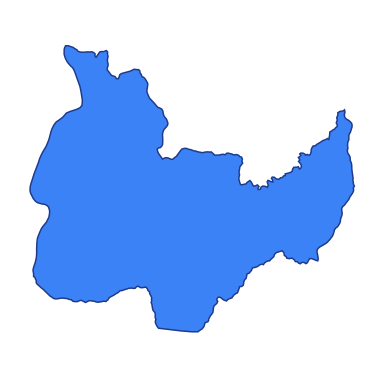 Palmas, Tocantins, Brazil, rotated 3°
{"feature_id": "56859067B14401929035087", "entity_name": "Palmas", "entity_type": "district", "adm_level": 2, "iso_a3": "BRA", "parent_name": "Brazil", "parent_adm1": "Tocantins", "projection": "mercator", "projection_center": [-48.104, -10.192], "detail": "fine", "context": "isolated", "style": "filled", "palette": "blue", "viewbox_px": 384, "rotation_deg": 3, "n_neighbors": 0, "source": "geoboundaries", "source_scale": "gbopen_adm2", "svg_char_len": 5992}
<svg xmlns="http://www.w3.org/2000/svg" viewBox="0 0 384 384"><g transform="rotate(3 192 192)"><path d="M132.3,72.6L130.1,72.7L127.9,72.4L124.1,74.5L115.4,77.4L113.8,78.6L113.2,80.9L112.3,82.8L110.5,82.7L109.2,80.8L105.7,79.8L104.4,78.6L102.3,75.9L100.9,74.6L100.9,72.3L101.5,70.6L101.5,68.4L100.7,66.0L100.6,63.7L101.1,61.0L100.4,58.8L100.4,56.5L99.0,55.2L96.6,56.4L94.3,56.5L92.6,56.9L89.1,62.5L87.9,61.0L88.0,59.1L86.6,57.9L84.7,57.2L82.4,57.6L80.6,57.5L76.4,58.1L74.6,58.2L72.9,58.0L70.8,57.5L69.5,55.9L67.7,55.1L65.7,53.8L60.6,52.4L58.1,52.6L57.1,55.0L56.9,56.9L57.1,61.0L57.8,63.2L58.7,65.4L60.9,69.0L64.1,72.4L65.8,73.7L67.4,75.7L68.9,78.8L74.3,91.8L74.9,93.6L76.0,98.0L77.7,106.0L77.7,109.5L77.5,111.3L75.9,113.6L72.5,115.5L65.7,118.1L62.2,119.9L61.0,121.7L58.8,124.3L55.1,127.4L53.9,128.2L52.3,129.7L50.4,132.7L48.9,136.2L48.0,139.1L46.6,146.1L45.5,149.8L43.9,154.1L40.7,160.2L39.0,164.2L37.9,167.3L37.2,170.2L33.5,181.7L30.6,192.7L30.2,195.0L30.1,197.9L30.3,199.7L30.9,201.7L33.8,206.8L35.8,209.1L38.1,210.7L42.8,211.8L45.7,212.0L48.1,213.2L49.5,214.5L50.7,217.8L50.9,220.1L50.5,224.2L49.9,225.8L48.2,229.7L44.8,234.3L43.5,236.5L42.2,239.8L40.6,244.4L40.0,246.8L39.8,250.1L39.8,256.5L40.1,261.6L40.0,265.5L39.2,270.4L37.7,275.7L37.3,278.5L38.1,282.0L38.2,284.6L39.8,285.8L40.3,287.3L41.1,288.6L41.1,290.3L41.7,291.7L44.0,293.5L45.8,295.1L48.6,297.1L55.4,303.1L59.4,305.5L60.9,305.9L62.5,305.8L67.7,304.7L73.0,305.0L74.8,305.7L77.0,305.9L78.7,307.3L80.9,307.6L83.6,307.4L85.5,306.3L87.3,306.0L91.5,307.9L94.7,306.0L96.4,305.9L100.5,306.3L102.0,306.8L104.0,307.0L107.7,306.2L109.7,305.6L111.7,305.9L113.6,304.2L114.7,302.2L115.8,301.2L119.5,299.0L121.4,297.5L123.1,296.6L125.3,294.4L127.2,294.1L134.1,291.4L137.1,291.1L138.9,291.4L140.4,291.0L141.5,289.5L143.0,288.9L145.7,290.2L147.2,290.2L150.8,289.4L152.4,290.8L153.2,292.7L154.8,294.0L155.0,295.6L156.2,297.5L157.2,299.5L157.2,301.2L157.4,303.0L157.0,304.5L157.8,306.2L158.6,310.0L159.4,312.4L160.8,313.8L161.7,315.3L161.8,319.4L162.7,321.4L162.1,322.9L162.3,324.5L163.9,327.6L165.7,329.8L188.8,331.3L198.2,331.6L205.2,331.3L207.1,329.7L209.3,328.1L210.9,325.9L211.4,324.1L211.7,322.2L213.1,321.3L214.6,320.8L215.3,319.5L215.3,317.8L216.1,316.5L216.7,314.8L217.9,313.3L219.1,311.3L219.4,308.8L219.5,306.1L220.2,304.3L221.7,302.9L223.0,301.3L223.4,299.7L222.3,298.3L222.7,296.8L224.0,295.6L225.6,295.7L227.1,296.5L228.2,297.5L229.9,298.4L232.2,299.0L233.2,297.6L235.2,296.5L237.3,295.7L239.3,292.6L240.9,291.3L242.7,290.3L244.1,285.8L244.4,284.0L246.4,283.8L248.1,282.5L248.5,278.9L249.2,276.9L250.6,275.4L251.3,270.8L253.2,270.2L255.5,267.2L256.2,264.9L257.5,264.3L259.3,263.9L261.5,262.9L263.6,261.1L265.5,260.4L267.1,260.8L268.2,259.0L269.8,257.7L271.3,256.9L273.1,256.7L274.2,255.2L275.8,253.6L277.1,252.2L277.6,250.1L279.2,248.2L283.6,246.5L285.4,246.1L287.1,248.2L287.5,250.5L289.2,251.4L290.1,253.1L292.8,253.5L294.8,252.8L296.2,253.3L297.6,254.3L298.9,256.1L301.1,256.2L302.2,257.5L304.0,258.0L305.4,256.5L307.7,256.5L309.4,257.6L310.9,256.6L312.0,254.0L313.3,252.3L315.4,252.3L319.1,253.7L321.2,254.2L321.5,252.3L321.2,250.1L320.1,245.9L319.9,244.3L320.2,242.8L321.2,241.4L322.5,240.2L328.8,236.0L330.0,234.8L332.3,232.0L334.6,228.6L335.3,226.7L336.3,222.3L337.4,220.5L339.1,219.2L340.1,217.5L341.3,215.2L341.7,213.4L341.8,211.4L342.2,209.6L342.9,207.6L343.1,205.5L342.6,202.9L342.3,200.7L343.3,198.7L345.1,196.9L346.5,194.7L349.1,191.0L349.8,188.9L352.2,185.0L353.1,183.0L353.3,181.2L352.9,179.3L353.9,177.6L352.8,175.8L352.6,174.0L352.0,171.7L352.2,170.2L350.5,161.5L350.0,156.2L349.2,153.8L348.3,152.0L348.2,150.0L347.8,148.2L345.4,144.7L344.9,142.4L345.4,140.5L344.9,137.3L344.9,135.3L345.1,133.7L345.9,131.7L345.7,127.5L346.0,125.9L347.0,124.2L348.4,118.7L348.4,117.0L347.9,115.2L346.4,113.6L344.8,112.3L342.8,111.4L341.3,110.3L340.4,108.7L340.1,106.6L340.6,104.2L340.0,102.0L338.7,103.1L335.2,103.9L333.4,105.3L333.7,106.9L333.2,108.8L332.6,110.3L333.4,112.7L332.7,114.1L332.5,115.7L333.5,117.2L333.5,119.1L332.2,120.2L331.1,121.7L329.4,122.7L328.1,123.9L326.6,124.7L326.4,128.5L325.8,132.3L324.4,131.5L323.1,132.5L319.8,133.9L317.9,135.4L314.0,138.0L312.4,139.6L310.7,139.6L309.6,141.3L308.8,143.5L308.9,145.0L308.6,146.7L308.1,148.3L306.8,149.3L305.1,148.4L303.5,149.3L302.5,148.1L300.8,147.4L298.7,147.4L297.6,148.3L298.8,149.9L297.6,151.1L296.4,151.9L298.0,154.3L296.8,155.9L299.1,158.4L300.0,160.5L299.5,162.4L298.1,163.4L296.9,161.2L295.5,161.8L294.0,161.8L292.4,162.0L291.3,163.8L290.9,166.2L289.4,167.2L287.5,168.0L284.1,169.0L284.3,170.7L282.7,171.1L281.5,172.8L279.9,173.1L277.9,174.8L275.4,174.5L273.5,173.0L271.3,172.9L270.6,174.3L271.8,175.6L272.2,177.7L270.3,177.5L268.7,176.8L267.3,176.4L266.5,177.9L267.8,181.2L267.0,183.4L265.3,182.6L263.7,182.4L262.2,182.4L260.7,183.6L260.0,185.7L258.0,186.1L257.6,184.6L258.6,183.0L256.9,181.5L254.9,182.6L253.1,182.9L251.8,181.0L250.8,179.1L249.2,177.5L246.4,179.7L245.6,181.0L241.7,182.1L240.1,182.0L239.3,180.4L238.8,178.7L238.1,176.8L238.2,174.3L238.6,172.1L237.9,170.3L238.5,164.3L241.1,160.4L240.2,158.8L240.6,156.6L239.7,154.6L238.0,154.2L236.6,152.9L234.8,152.3L231.6,152.8L230.3,152.1L226.2,151.3L224.6,151.5L223.3,153.0L220.8,152.7L218.3,153.3L216.6,153.8L214.9,153.8L212.9,154.1L209.2,151.0L207.6,151.2L205.4,151.1L202.8,151.5L200.4,152.2L195.2,151.5L193.7,150.9L192.1,150.9L188.3,149.7L186.5,149.6L184.9,148.9L183.2,148.7L181.0,149.1L179.5,149.8L178.1,151.7L174.5,157.3L172.6,158.7L171.3,160.2L169.7,160.5L166.5,159.3L164.4,159.0L162.8,159.5L160.9,160.7L157.0,155.8L155.7,153.7L155.0,151.0L156.3,149.7L157.9,149.4L159.2,148.1L160.2,145.9L160.0,140.6L159.5,135.9L159.8,134.0L160.2,132.4L161.0,130.8L163.4,127.8L164.2,126.1L164.3,124.3L162.8,120.7L160.4,118.1L159.5,116.2L158.6,112.6L157.5,110.8L155.6,109.9L153.6,109.3L151.9,107.8L150.5,106.1L149.2,104.8L144.7,100.6L142.3,95.9L141.6,93.6L142.2,86.9L141.9,85.4L139.3,81.5L137.9,80.2L135.8,79.2L135.3,77.5L133.9,75.8L133.5,73.7L132.3,72.6Z" fill="#3b82f6" stroke="#1e3a8a" stroke-width="1.5"/></g></svg>